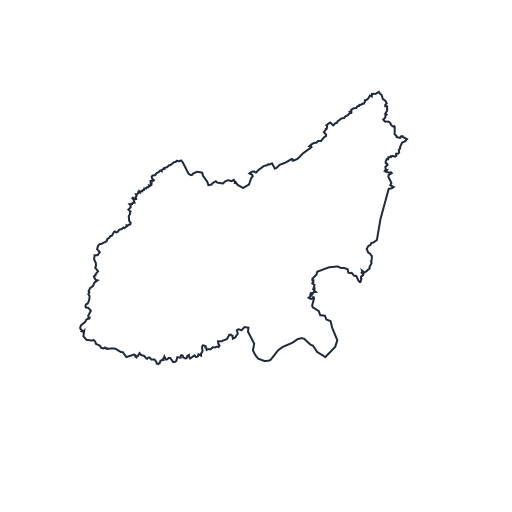 the district of Nkwanta South Municipal, Volta, Ghana, rotated 240°
{"feature_id": "2480657B13680530894334", "entity_name": "Nkwanta South Municipal", "entity_type": "district", "adm_level": 2, "iso_a3": "GHA", "parent_name": "Ghana", "parent_adm1": "Volta", "projection": "equal_earth", "projection_center": [0.469, 8.25], "detail": "fine", "context": "isolated", "style": "outline", "palette": "slate", "viewbox_px": 512, "rotation_deg": 240, "n_neighbors": 0, "source": "geoboundaries", "source_scale": "gbopen_adm2", "svg_char_len": 6083}
<svg xmlns="http://www.w3.org/2000/svg" viewBox="0 0 512 512"><g transform="rotate(240 256 256)"><path d="M334.6,444.5L336.7,444.5L336.6,440.6L338.4,437.5L336.3,436.1L338.0,435.0L336.2,431.7L335.9,430.0L336.4,428.1L335.1,427.5L334.0,425.6L334.7,424.2L334.3,423.0L335.2,421.1L334.4,420.2L335.0,418.6L334.0,417.0L335.1,414.3L335.0,411.6L333.7,410.9L333.9,409.8L332.7,410.5L332.3,410.1L332.8,407.6L332.0,406.3L332.2,402.7L331.4,401.5L332.4,398.8L331.7,393.6L330.9,392.9L331.3,391.0L330.5,388.2L334.5,387.0L334.3,383.4L334.0,382.3L333.0,382.6L330.8,380.8L331.1,379.9L330.3,379.2L329.3,376.6L326.1,377.4L324.9,376.7L324.9,374.7L323.1,369.7L324.6,367.1L323.9,364.9L325.0,362.6L324.9,359.7L324.4,357.3L323.4,358.6L322.5,358.5L321.4,348.0L319.4,340.8L319.7,336.6L320.3,335.4L321.2,336.1L322.2,335.4L322.1,328.4L323.1,322.3L322.0,317.5L322.3,316.0L328.2,316.2L328.5,313.4L329.4,312.5L329.0,311.3L330.0,307.9L329.2,300.8L328.2,298.0L328.6,297.3L329.9,296.9L330.7,295.6L331.0,293.8L330.8,291.6L328.2,293.3L326.7,293.1L325.8,290.7L321.4,285.7L321.4,278.8L327.0,275.5L328.9,275.5L329.7,274.2L330.7,275.3L331.8,274.6L333.1,274.8L333.0,272.4L335.7,269.5L336.0,266.2L335.3,263.6L339.0,259.1L340.8,258.6L340.8,254.7L340.1,253.3L341.1,250.2L344.6,250.9L352.2,250.2L355.0,251.1L358.4,247.2L358.9,242.7L358.2,241.6L358.7,239.9L361.1,238.7L373.6,239.4L376.2,238.9L376.6,236.5L378.1,235.0L377.6,233.5L378.2,232.0L377.5,227.1L378.1,226.3L377.4,223.4L378.1,220.6L377.2,220.2L377.8,219.6L377.4,216.9L376.7,216.7L377.9,215.8L377.3,213.7L377.4,211.0L376.4,209.0L377.4,206.7L376.9,205.3L374.7,204.7L372.7,205.5L372.5,204.5L373.7,202.2L371.4,201.0L371.1,201.9L369.7,200.8L369.8,199.3L370.6,198.6L369.8,198.3L369.4,197.1L370.0,196.4L369.9,195.0L369.4,194.7L370.3,192.9L369.2,192.1L369.6,190.2L368.9,189.8L369.5,188.2L370.5,187.4L369.0,187.0L370.1,185.9L369.4,185.3L368.8,183.5L369.4,182.9L367.8,182.6L367.2,181.3L365.2,180.8L365.3,180.2L368.0,178.6L367.8,177.8L366.4,178.2L362.9,177.5L363.7,175.7L362.9,174.7L364.1,172.4L362.4,172.7L360.9,171.9L360.0,168.7L357.2,169.5L356.8,168.6L355.6,168.2L354.1,165.7L349.7,163.7L347.2,164.0L346.2,162.9L346.8,161.1L346.3,159.6L347.1,159.2L346.4,158.8L346.1,156.7L346.1,155.8L346.9,155.4L346.4,153.0L347.0,151.6L347.0,150.2L346.1,148.7L346.3,146.7L347.8,146.1L347.8,144.8L345.9,142.0L345.6,141.1L346.1,139.9L345.1,138.1L345.1,135.8L343.5,134.0L343.8,127.9L344.5,126.4L343.6,124.0L341.4,121.8L337.4,122.6L335.9,119.2L337.3,116.5L334.0,114.1L330.1,113.8L327.5,112.5L326.2,110.9L321.8,111.6L320.2,107.6L319.4,107.2L319.6,105.9L319.1,105.2L315.5,105.2L314.1,106.6L313.8,102.9L311.5,99.8L311.2,96.5L309.8,94.2L308.9,93.3L307.9,93.6L306.9,91.8L304.6,91.8L302.3,90.4L299.6,87.5L299.0,86.3L299.1,84.5L297.7,83.1L296.5,82.9L295.0,84.8L291.2,85.6L288.2,80.9L286.1,80.0L285.7,81.0L285.1,80.5L285.8,78.4L285.5,76.7L284.4,75.4L283.5,70.0L281.9,67.9L280.5,67.5L278.5,68.1L278.0,67.3L276.9,68.4L277.3,69.9L272.8,66.4L268.2,67.2L264.7,71.8L264.4,73.4L262.1,74.0L260.0,73.4L256.3,76.0L254.0,75.9L252.2,77.6L252.3,79.3L251.4,79.4L250.9,80.6L250.2,80.4L247.5,85.9L245.9,87.9L240.4,91.0L239.4,92.5L233.3,93.2L231.6,101.2L230.2,102.0L229.4,101.2L228.2,101.7L228.6,102.0L228.4,103.6L230.1,106.6L227.8,106.9L225.3,109.3L222.1,109.7L221.4,110.5L221.9,111.7L221.4,113.0L218.5,113.7L217.2,116.3L214.3,116.8L212.5,116.2L211.3,117.1L211.6,118.3L211.3,118.8L213.1,121.0L212.4,123.6L213.1,123.4L213.5,124.8L214.8,126.4L211.6,126.1L210.9,127.2L211.4,129.6L210.4,130.8L205.5,131.2L204.9,132.6L204.9,134.4L207.7,137.3L205.6,139.9L207.3,141.1L207.4,141.8L206.4,142.7L204.5,142.3L202.6,143.6L202.2,144.8L203.8,146.6L203.8,148.4L202.3,147.6L200.2,147.7L200.7,153.1L198.6,153.4L198.2,154.3L198.3,155.6L199.7,157.1L197.2,158.6L198.9,159.5L200.1,162.0L203.9,163.6L205.2,165.1L204.7,166.1L202.9,167.3L202.1,166.4L201.0,166.9L199.3,166.3L199.2,168.1L197.9,170.1L198.6,172.8L197.3,174.9L196.9,177.3L195.8,178.1L196.7,179.6L198.9,179.5L201.1,180.4L199.5,183.3L198.6,189.4L201.1,193.4L200.5,194.9L199.7,194.8L198.7,195.8L196.0,194.6L195.8,197.1L197.9,201.4L201.3,202.3L201.3,204.2L198.9,206.4L200.2,210.5L197.7,213.6L194.4,211.2L181.0,210.6L175.7,206.1L170.4,205.9L166.1,206.5L160.8,210.8L159.0,214.6L158.7,216.6L163.3,228.0L163.9,233.5L162.7,244.0L163.2,250.4L162.2,254.2L160.3,256.3L152.1,258.8L149.8,260.5L142.5,260.9L133.8,265.5L137.7,279.1L142.4,284.3L155.9,286.1L162.2,288.0L165.9,285.2L169.9,285.8L172.6,282.0L177.0,282.8L183.1,279.5L185.0,279.8L190.2,285.0L191.4,285.4L191.8,284.9L191.0,283.5L191.2,282.2L193.5,280.7L193.9,283.3L195.3,283.6L196.5,285.0L195.8,285.8L195.5,284.9L194.5,285.1L195.9,287.8L195.0,289.8L196.9,289.1L197.9,289.9L197.8,289.3L198.5,288.9L201.7,292.2L204.2,291.1L204.7,292.7L205.8,292.6L206.3,293.5L207.2,292.8L208.1,293.5L209.7,299.1L211.8,301.2L209.7,313.6L206.1,321.5L203.2,323.6L201.5,326.4L198.8,328.7L195.4,327.7L194.1,328.9L193.6,330.4L189.8,331.1L188.5,332.9L183.9,332.4L181.6,332.8L181.3,333.5L183.5,335.9L184.1,335.6L185.8,337.0L185.6,338.4L186.5,339.9L188.6,339.1L188.9,340.2L190.3,340.5L187.6,341.6L187.5,344.2L188.1,345.7L188.1,347.3L188.8,348.5L189.7,348.8L192.1,352.6L194.0,353.0L194.1,353.7L197.9,356.3L201.2,355.9L202.8,354.9L206.8,355.4L208.6,358.5L208.3,360.5L209.6,362.4L209.0,364.3L209.4,368.7L225.7,382.2L247.8,404.5L246.7,407.6L246.9,409.7L250.1,407.7L251.6,409.8L258.4,410.2L259.8,411.3L259.9,415.0L260.9,414.8L261.6,413.0L264.1,410.6L264.9,412.2L265.5,410.5L266.2,411.7L268.5,412.6L269.1,415.5L270.4,415.6L271.4,414.7L273.1,415.6L274.5,417.7L273.7,418.8L275.4,420.1L274.6,421.1L275.0,422.5L274.2,422.9L274.6,423.4L274.3,424.5L272.5,426.1L272.5,427.4L274.5,428.5L273.5,430.3L274.2,431.8L276.5,432.7L277.1,434.7L278.2,435.1L281.1,439.1L280.8,442.5L281.7,445.2L285.6,442.8L286.5,442.9L287.1,441.1L286.2,440.2L286.3,439.7L288.8,437.2L290.2,437.7L292.0,436.9L298.7,440.8L299.3,440.6L299.3,439.7L301.5,438.5L304.1,438.8L306.1,437.9L307.9,434.9L310.5,434.4L311.2,437.1L313.0,438.4L313.2,439.7L314.5,438.9L316.2,442.1L320.0,444.4L321.1,442.8L322.3,443.6L322.9,445.6L326.1,445.6L328.4,444.3L332.8,445.3L334.6,444.5Z" fill="none" stroke="#1e293b" stroke-width="2"/></g></svg>